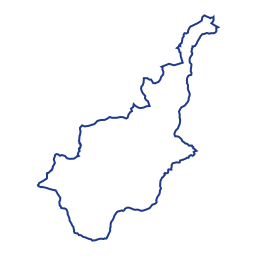 outline of Frodisia, Nicosia, Cyprus
{"feature_id": "46923920B95052440954476", "entity_name": "Frodisia", "entity_type": "district", "adm_level": 2, "iso_a3": "CYP", "parent_name": "Cyprus", "parent_adm1": "Nicosia", "projection": "albers", "projection_center": [32.668, 35.09], "detail": "fine", "context": "isolated", "style": "outline", "palette": "blue", "viewbox_px": 256, "rotation_deg": 0, "n_neighbors": 0, "source": "geoboundaries", "source_scale": "gbopen_adm2", "svg_char_len": 5627}
<svg xmlns="http://www.w3.org/2000/svg" viewBox="0 0 256 256"><path d="M104.3,238.6L104.5,238.4L105.3,238.5L106.1,238.6L106.8,238.1L107.3,236.6L108.0,235.9L108.3,234.7L108.8,233.7L109.3,232.8L109.7,231.9L110.2,230.6L110.1,228.6L110.6,226.7L110.6,225.4L110.7,223.6L111.0,222.7L111.4,221.7L112.1,220.8L112.8,219.8L113.5,218.4L113.9,217.3L114.3,216.1L114.8,215.0L115.4,214.2L116.0,213.3L116.6,212.6L117.2,211.9L118.0,211.4L119.6,211.1L121.1,210.6L122.0,210.4L122.8,210.9L123.6,210.7L124.4,209.9L124.9,208.9L126.1,208.2L127.0,207.7L128.7,207.6L130.2,208.0L131.6,208.6L133.1,209.3L135.1,209.8L136.2,209.7L138.2,209.7L140.1,210.5L141.6,210.8L142.9,210.6L144.3,210.2L146.4,209.5L147.9,208.8L149.6,208.2L150.4,207.1L151.7,205.5L152.4,204.6L154.3,204.1L156.0,203.1L156.7,201.9L156.2,200.2L156.8,198.5L157.5,196.9L159.5,193.9L159.8,192.1L160.0,190.4L161.0,188.4L160.1,186.2L160.3,182.6L160.5,180.9L161.2,179.4L161.7,178.4L162.1,177.5L163.2,177.0L163.8,176.1L164.8,174.9L164.3,173.7L165.0,172.9L166.2,173.3L167.7,173.0L168.2,172.2L168.1,170.6L168.5,169.4L169.8,169.6L171.4,169.6L171.2,168.3L171.7,166.9L171.6,165.2L172.5,163.4L174.2,162.9L175.3,162.6L177.1,162.3L178.1,162.6L179.7,162.4L180.1,160.5L181.1,160.2L183.2,159.7L184.3,159.1L185.9,158.6L187.1,157.6L188.5,157.8L189.1,156.2L190.9,155.1L192.7,155.8L194.2,154.7L194.6,153.8L193.7,152.0L194.8,151.3L196.5,150.8L195.3,149.7L194.3,148.8L193.3,148.5L193.2,146.9L192.2,146.6L191.9,145.5L190.5,145.5L189.0,145.7L187.9,144.4L186.7,143.6L185.4,143.5L184.1,142.3L182.3,141.1L181.5,139.3L180.7,138.5L179.8,137.7L178.9,136.9L177.9,136.5L176.6,136.3L175.2,136.3L174.5,134.8L174.5,133.2L175.9,130.3L177.1,129.2L177.9,128.4L178.4,127.1L179.1,125.5L179.6,124.0L179.9,123.0L180.1,121.4L180.1,119.8L179.9,118.4L179.5,117.2L179.7,115.9L179.7,114.3L179.3,113.2L179.0,111.5L179.9,109.7L181.3,107.4L182.4,106.8L183.5,106.3L184.8,105.5L185.7,104.5L186.3,103.5L187.2,102.7L188.0,101.4L188.4,100.5L188.7,99.3L188.7,98.3L188.9,97.4L189.5,95.7L189.8,94.3L189.3,92.5L188.9,91.6L188.4,90.6L187.8,88.5L188.0,86.9L187.9,84.8L186.9,83.0L187.2,81.8L186.8,80.9L186.9,79.9L187.0,78.7L187.3,77.8L188.0,76.3L189.2,75.3L191.2,74.9L191.5,73.0L190.7,71.0L191.1,67.3L191.4,65.7L191.4,64.2L190.5,63.4L189.7,62.2L189.6,59.6L189.9,58.1L190.6,56.8L191.1,55.9L192.1,54.6L192.2,52.8L191.4,51.6L191.9,50.0L191.9,48.4L192.7,47.6L192.5,46.4L195.0,46.0L196.8,43.3L197.3,41.8L199.7,37.9L200.4,36.4L202.3,34.2L203.9,34.0L205.6,33.4L206.9,33.0L208.1,33.3L209.2,33.7L210.9,33.2L212.6,33.2L214.2,33.2L215.8,32.1L216.4,30.8L216.2,28.0L218.1,27.2L215.6,25.9L213.7,24.8L211.4,23.2L212.7,21.9L213.6,20.2L213.5,17.0L212.9,17.6L211.3,17.6L210.4,18.2L207.7,16.9L206.6,16.5L205.0,15.7L204.3,15.4L202.4,17.1L201.7,20.6L198.0,23.0L190.1,26.8L188.2,30.3L188.0,32.5L186.2,33.5L184.5,33.2L183.6,34.9L183.7,36.5L182.5,38.1L182.1,40.8L181.6,43.1L180.3,43.9L180.3,46.0L179.1,45.5L178.9,46.4L177.0,48.0L178.5,48.5L179.0,49.9L179.3,50.8L179.5,52.0L180.5,52.5L180.7,56.1L182.7,62.7L174.1,65.3L169.1,63.8L161.6,66.8L162.6,67.5L162.4,69.5L163.4,71.8L163.2,74.5L161.4,76.5L160.2,79.7L158.5,81.9L155.0,83.3L153.2,83.1L151.1,79.6L149.3,79.6L147.3,78.2L143.8,78.2L143.8,79.1L143.8,79.9L143.6,81.9L143.6,82.6L142.9,84.7L142.7,85.1L142.2,85.7L141.4,86.5L141.3,87.2L141.1,88.5L141.3,89.6L141.7,91.0L142.1,91.7L142.6,92.9L145.3,96.1L144.9,98.1L145.8,99.5L146.1,100.0L148.0,101.3L148.6,103.2L149.6,106.0L147.1,106.2L145.6,106.6L144.4,107.2L143.6,107.6L142.0,107.8L140.1,108.1L138.5,107.6L137.9,107.4L135.2,105.7L133.7,104.2L133.2,107.1L131.0,108.6L131.5,109.8L132.0,111.1L131.2,111.6L130.3,112.1L129.6,113.1L128.6,114.3L128.5,114.8L128.0,116.3L127.6,117.7L126.1,118.5L125.0,118.0L123.4,117.3L122.5,117.2L120.1,117.0L118.4,117.5L117.7,117.6L115.9,117.8L113.0,117.8L112.0,117.8L109.7,117.0L108.9,117.5L107.3,118.7L104.6,119.9L100.9,120.0L97.4,120.9L96.1,122.4L94.8,123.6L94.4,124.1L91.5,124.9L90.8,125.2L88.4,125.9L86.2,126.3L84.3,126.3L82.1,125.4L80.0,127.8L80.1,129.8L80.6,131.3L80.0,134.9L79.6,135.8L79.3,138.4L79.4,139.2L78.9,141.1L79.5,142.1L79.4,143.3L80.3,143.5L80.5,144.2L80.3,144.6L80.4,145.0L80.8,145.0L80.9,145.4L80.5,146.7L80.1,147.2L80.2,147.9L79.9,148.1L79.3,148.1L78.9,148.6L79.1,149.7L79.6,150.4L79.5,151.2L79.0,151.3L78.4,152.6L78.2,153.1L77.8,153.9L78.2,154.7L78.2,155.6L78.7,156.0L78.2,156.2L77.5,156.0L77.3,156.1L77.4,156.3L77.0,156.6L76.7,156.8L76.0,157.3L75.5,157.6L75.1,158.0L74.5,158.3L74.3,158.5L73.1,158.7L70.2,158.8L69.4,158.8L67.1,158.3L65.0,156.0L63.8,155.6L61.5,155.0L60.1,155.8L59.7,155.6L58.2,154.4L57.4,154.3L56.4,154.0L55.0,155.1L54.8,156.5L53.8,159.2L54.8,162.8L54.9,163.2L54.7,163.5L54.1,164.3L53.7,165.4L53.2,165.8L53.0,166.5L52.8,166.7L52.6,167.2L52.8,167.9L52.3,169.0L51.7,169.5L51.7,170.3L50.8,170.6L48.6,172.8L47.2,173.0L46.8,173.7L47.1,174.7L46.9,178.5L45.7,179.2L44.6,180.0L41.7,181.7L39.2,183.0L38.6,184.5L37.9,185.1L38.3,186.0L39.3,186.5L39.9,186.7L40.8,187.1L41.6,187.1L42.5,186.9L42.8,187.2L44.5,187.4L47.4,188.2L49.5,189.0L54.5,190.2L55.7,190.4L57.7,193.9L60.3,197.8L60.1,200.4L59.3,201.8L59.6,204.3L59.7,205.5L60.8,206.4L61.1,207.9L63.0,208.4L64.6,208.4L66.4,209.4L67.7,212.3L67.5,213.8L69.4,218.2L69.5,220.3L71.0,223.0L71.5,223.7L71.7,224.4L72.3,225.6L72.7,226.1L73.4,226.9L73.5,227.6L73.6,228.5L73.8,229.2L74.1,230.0L74.0,231.4L74.4,232.2L74.5,232.8L76.2,233.3L77.6,233.4L78.2,234.1L78.9,235.1L79.5,235.1L80.7,235.2L81.7,235.6L82.3,236.3L82.9,236.8L83.6,236.9L84.5,237.2L85.9,237.6L87.0,238.1L88.2,238.6L89.5,239.1L91.1,239.2L92.3,240.6L93.1,240.5L94.1,240.3L95.2,240.3L96.0,240.1L97.3,239.5L98.6,239.2L99.7,238.8L101.0,238.7L102.4,238.8L103.7,239.0L104.3,238.6Z" fill="none" stroke="#1e3a8a" stroke-width="2"/></svg>